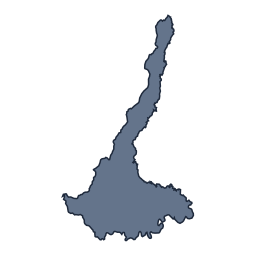 outline of Piamonte, Cauca, Colombia
{"feature_id": "7082276B2298083414171", "entity_name": "Piamonte", "entity_type": "district", "adm_level": 2, "iso_a3": "COL", "parent_name": "Colombia", "parent_adm1": "Cauca", "projection": "equal_earth", "projection_center": [-76.259, 1.273], "detail": "fine", "context": "isolated", "style": "filled", "palette": "slate", "viewbox_px": 256, "rotation_deg": 0, "n_neighbors": 0, "source": "geoboundaries", "source_scale": "gbopen_adm2", "svg_char_len": 5934}
<svg xmlns="http://www.w3.org/2000/svg" viewBox="0 0 256 256"><path d="M160.5,20.0L157.9,22.5L156.8,24.9L155.7,26.2L155.7,27.5L156.2,28.9L156.1,30.0L156.6,33.1L157.2,34.6L157.3,35.9L156.2,39.5L156.0,42.1L155.3,43.2L155.3,44.0L155.7,45.2L157.5,46.5L157.6,47.4L157.1,48.2L155.9,48.4L155.2,49.8L153.9,51.3L152.8,53.5L151.8,53.8L151.1,54.7L150.0,54.5L149.3,55.0L148.4,58.4L145.9,61.3L144.9,64.4L144.7,67.9L144.9,68.6L147.2,69.5L148.3,70.5L149.9,74.1L149.5,76.6L148.5,79.1L148.6,84.5L148.2,86.2L147.6,87.7L144.0,90.9L141.8,93.7L139.7,98.0L139.2,101.5L138.5,102.8L134.4,105.9L131.4,108.8L130.5,108.4L128.6,109.3L128.4,109.5L128.0,111.2L126.9,111.7L126.7,113.7L126.3,114.5L126.9,116.7L127.6,121.9L125.5,124.8L123.7,126.2L122.8,127.4L122.0,129.2L120.9,130.0L120.7,132.5L119.0,132.9L117.8,135.1L116.1,137.1L115.4,139.3L113.6,140.4L113.2,141.9L114.4,144.3L113.8,146.1L113.8,149.1L112.5,151.7L112.1,153.2L110.7,155.2L109.6,159.6L108.8,159.7L107.1,157.9L105.8,157.4L104.9,158.3L102.0,158.8L100.8,159.7L100.5,160.4L100.1,162.4L98.8,165.8L95.7,168.3L93.5,169.5L93.6,170.0L95.2,171.2L95.7,172.1L95.7,174.9L94.9,176.8L94.3,176.9L93.6,177.7L93.7,179.9L92.3,181.7L92.2,183.9L90.3,186.2L89.9,187.7L89.2,188.7L89.4,190.2L88.7,191.4L87.4,192.1L85.1,192.2L83.6,192.9L82.1,194.5L81.0,194.5L79.7,195.4L78.7,195.5L78.4,195.9L77.6,198.1L76.9,198.6L73.9,198.4L70.8,197.0L68.4,197.1L67.1,195.5L66.5,194.1L66.0,193.8L63.4,194.3L62.6,196.3L64.4,195.3L64.4,197.2L63.6,199.4L65.8,200.8L66.0,202.3L65.6,203.0L65.7,203.6L67.4,206.5L68.2,211.4L68.6,212.2L70.7,213.4L72.6,213.1L74.7,214.9L75.7,214.6L78.6,215.0L80.3,214.5L82.3,215.6L82.6,215.9L82.6,217.1L84.2,219.8L84.4,222.8L84.9,223.8L86.5,225.3L88.5,225.6L89.5,226.2L92.1,229.3L92.7,229.7L93.5,231.8L95.0,232.3L94.8,233.5L95.1,236.5L96.1,237.0L97.5,236.9L100.1,239.7L101.1,239.8L101.6,239.1L102.3,238.7L102.9,238.9L103.7,239.7L104.6,239.1L104.6,237.0L105.7,235.4L106.0,233.7L106.6,232.8L107.7,232.8L110.3,234.5L111.5,234.5L112.6,233.9L114.1,231.6L114.9,231.4L117.4,232.2L119.3,232.2L120.4,232.6L121.8,234.4L122.4,233.1L123.2,232.4L124.3,232.6L124.9,235.4L126.2,236.9L126.1,237.9L125.3,238.9L125.1,239.7L125.4,240.4L126.0,240.6L126.7,240.4L127.6,239.2L130.4,237.9L132.0,238.2L133.8,239.6L135.0,239.4L136.0,237.8L138.2,235.9L139.0,232.3L140.0,231.5L140.7,232.0L141.2,233.0L141.6,235.9L142.5,236.6L145.0,235.2L146.2,232.6L146.9,232.3L147.4,234.9L148.3,236.8L149.5,238.2L150.7,238.3L151.3,237.8L151.4,237.0L151.0,235.3L150.1,233.9L150.0,232.9L150.5,232.1L151.1,231.8L152.4,232.8L155.0,233.1L158.9,232.9L159.6,232.3L161.1,229.2L162.7,228.0L163.2,226.4L163.2,225.3L162.9,224.3L162.1,223.4L160.8,223.3L159.0,225.6L158.1,225.2L157.8,223.7L158.5,220.3L159.3,219.3L159.8,219.2L160.4,219.6L162.1,222.1L162.6,222.1L164.7,220.9L165.0,220.2L164.9,219.5L164.1,217.7L164.5,216.3L167.9,214.8L169.0,214.9L173.1,219.0L173.7,218.9L174.3,217.7L174.7,219.2L177.9,222.4L180.0,223.3L182.4,222.0L183.5,220.9L185.7,216.6L186.4,216.9L187.4,218.4L189.3,218.8L191.9,218.1L193.4,215.5L193.3,213.4L192.5,212.0L191.7,209.4L191.0,208.8L189.0,208.2L188.5,207.7L188.4,206.4L188.7,205.7L189.7,204.9L190.7,205.0L191.1,204.1L191.9,203.4L191.8,202.4L190.1,201.7L188.9,200.2L187.1,201.4L186.4,201.1L186.1,200.1L186.2,198.1L185.9,197.5L184.7,196.7L183.1,195.0L182.4,195.5L180.3,194.3L180.5,189.6L179.0,189.0L178.5,189.7L178.0,189.3L176.6,189.9L176.3,190.8L175.3,190.0L175.3,188.9L174.9,188.6L174.5,189.8L174.0,190.0L174.1,188.4L172.7,188.3L172.9,186.6L172.5,186.2L171.8,186.3L171.8,184.8L170.9,184.1L170.0,184.8L170.1,186.9L169.5,187.5L169.2,187.3L168.7,186.0L167.8,185.9L166.9,186.3L166.0,187.8L164.5,188.1L162.7,186.8L161.5,187.3L161.0,186.1L160.4,186.0L160.1,185.1L159.2,184.2L156.6,184.0L156.3,184.8L156.7,186.5L156.2,186.9L155.3,185.1L154.6,185.0L154.2,184.4L153.3,184.1L152.7,183.2L151.7,183.6L151.6,182.3L151.3,181.8L150.7,182.0L150.0,181.5L149.8,182.2L150.0,182.9L148.5,182.2L147.2,183.1L146.3,182.8L145.8,182.0L144.2,181.8L143.9,181.5L143.8,180.7L142.8,180.3L140.9,178.4L140.5,178.3L138.8,176.3L137.8,172.3L138.0,169.9L137.0,169.1L137.2,166.3L136.9,165.3L137.6,164.8L137.6,164.4L136.7,164.5L136.8,163.8L135.9,162.9L135.6,161.6L135.0,161.6L133.6,162.9L132.9,162.5L135.0,159.6L134.0,158.8L133.6,157.4L133.8,156.4L136.1,154.1L136.4,152.0L136.3,150.6L135.5,149.9L135.5,148.4L133.9,146.7L133.2,144.7L132.0,143.9L132.1,143.5L132.8,143.6L133.0,142.3L132.8,141.1L133.8,139.9L135.1,139.6L135.6,138.6L135.4,137.9L136.8,136.4L137.5,136.2L138.0,133.9L138.5,133.5L138.8,132.4L139.8,131.0L142.0,130.3L142.2,129.5L144.4,127.0L145.3,127.6L145.9,127.0L146.0,125.0L146.8,123.9L147.1,122.9L146.3,122.3L147.4,121.3L148.5,120.8L147.7,119.8L148.1,118.6L147.9,117.9L148.6,118.1L149.5,117.4L149.9,116.4L151.6,115.5L152.2,114.4L152.4,112.6L153.7,111.3L153.6,110.0L154.2,110.6L156.4,111.1L156.3,110.1L155.6,109.8L156.1,109.5L156.1,108.5L156.5,107.6L155.0,107.0L155.0,105.7L154.1,104.8L154.7,103.2L155.3,103.5L156.3,102.4L157.1,102.4L157.3,101.3L158.0,100.5L158.2,99.6L159.3,99.0L159.7,96.0L159.5,94.0L160.4,91.1L159.7,88.0L160.4,86.2L160.0,81.5L161.2,80.4L161.3,79.1L160.2,78.2L160.3,77.0L159.6,76.2L160.1,75.4L159.9,74.6L160.3,74.5L160.6,75.5L161.5,74.5L162.1,75.0L163.0,73.3L162.9,72.2L164.3,68.2L164.0,67.5L165.1,66.8L165.6,65.6L166.6,64.3L166.1,63.5L165.9,61.2L165.4,61.0L164.9,61.5L164.7,61.2L164.3,61.8L163.8,61.3L164.4,57.6L164.3,55.5L165.0,53.9L164.9,53.0L164.4,52.6L164.9,52.1L164.5,51.7L164.5,51.0L166.1,47.9L166.6,47.5L167.8,43.8L168.2,43.3L168.7,43.7L169.8,43.3L169.8,42.6L169.2,41.8L170.6,39.7L170.7,37.9L172.7,34.8L173.6,34.0L173.6,33.2L173.0,32.6L173.1,31.9L174.0,31.0L173.7,29.3L173.0,29.0L172.9,28.4L172.0,28.2L171.8,27.6L172.2,27.1L171.9,26.0L172.0,25.1L172.3,24.8L172.7,25.0L172.9,24.6L172.1,23.0L171.6,22.8L171.8,21.4L171.4,20.4L171.5,19.9L171.2,19.6L171.2,18.7L170.4,17.7L170.5,17.1L170.0,17.1L169.4,16.3L168.0,15.4L167.1,17.4L166.0,18.4L164.7,20.5L163.5,20.1L162.5,21.1L161.3,20.0L160.5,20.0Z" fill="#64748b" stroke="#1e293b" stroke-width="1.5"/></svg>